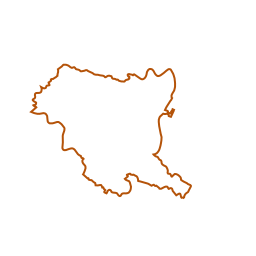 Gia Vien, Ninh Bình, Vietnam, rotated 324°
{"feature_id": "81297802B79786453625721", "entity_name": "Gia Vien", "entity_type": "district", "adm_level": 2, "iso_a3": "VNM", "parent_name": "Vietnam", "parent_adm1": "Ninh Bình", "projection": "albers", "projection_center": [105.858, 20.33], "detail": "fine", "context": "isolated", "style": "outline", "palette": "amber", "viewbox_px": 256, "rotation_deg": 324, "n_neighbors": 0, "source": "geoboundaries", "source_scale": "gbopen_adm2", "svg_char_len": 5742}
<svg xmlns="http://www.w3.org/2000/svg" viewBox="0 0 256 256"><g transform="rotate(324 128 128)"><path d="M113.2,39.0L112.3,38.9L110.7,39.3L105.8,39.3L105.5,40.1L104.3,41.7L102.8,42.9L102.2,43.6L101.7,43.9L101.6,44.3L99.1,44.5L98.3,44.3L96.3,44.3L95.3,43.6L94.2,43.4L93.8,44.3L93.5,44.5L91.9,44.6L90.5,44.5L90.3,44.8L90.0,46.5L89.8,46.9L89.7,47.1L89.3,47.1L87.3,46.1L86.8,46.1L85.0,47.2L84.2,47.0L83.5,46.7L83.1,46.2L82.6,45.6L81.8,43.8L81.4,45.2L80.7,46.2L79.3,47.5L78.6,47.8L77.6,47.7L76.8,47.4L74.4,45.8L74.0,45.7L73.2,45.7L72.9,45.8L72.4,46.3L72.0,46.7L71.2,48.3L70.5,48.9L69.8,49.1L67.9,49.0L67.4,49.3L67.3,49.7L67.6,51.2L68.6,53.4L68.0,54.2L67.2,54.7L66.5,54.7L65.7,54.2L64.8,54.0L64.8,54.3L65.2,55.5L66.0,57.1L66.0,57.4L59.1,58.0L60.8,60.7L62.0,62.1L63.0,63.2L64.7,64.5L68.4,66.3L69.1,67.1L69.5,67.6L69.7,68.2L69.8,68.8L69.7,70.2L69.6,70.8L69.2,71.5L67.5,74.4L66.9,75.6L66.8,76.0L66.9,76.8L67.0,77.4L67.4,78.2L69.8,79.9L70.8,80.3L74.0,81.4L74.8,81.9L75.2,82.2L75.6,82.9L75.9,83.8L76.4,85.6L76.5,86.4L76.6,90.2L76.5,90.6L76.3,91.1L75.8,91.7L75.0,92.6L71.5,95.1L70.5,96.1L66.8,101.4L63.6,105.1L63.1,105.8L62.9,106.5L62.9,107.3L62.9,107.7L63.2,108.2L63.7,108.7L64.9,109.4L67.3,110.1L69.0,110.7L70.0,111.1L70.7,111.6L71.2,112.0L71.6,112.7L72.0,113.7L72.1,114.6L72.1,119.8L72.6,121.4L73.1,122.4L73.4,122.9L73.2,123.3L72.9,124.9L73.8,126.0L73.9,126.4L73.9,126.8L73.2,126.8L71.8,127.7L71.2,128.7L71.0,129.5L70.9,129.9L70.9,131.0L71.1,133.1L71.0,134.0L70.0,135.6L67.7,137.3L65.0,138.9L64.4,139.1L65.6,144.7L65.8,145.0L66.3,145.2L66.4,145.4L66.4,145.6L65.9,146.4L66.0,146.9L67.0,148.1L67.6,148.5L67.9,148.9L68.1,150.2L68.3,151.0L68.8,152.6L69.1,153.0L69.1,153.4L68.1,155.3L69.8,156.7L71.9,157.7L72.7,158.4L72.7,159.3L72.2,161.0L72.9,161.3L73.1,161.5L72.8,162.5L72.7,163.3L72.9,163.6L73.1,164.8L71.4,165.6L71.2,165.8L71.1,166.1L71.5,167.0L72.2,168.2L73.1,167.9L74.3,167.0L75.8,166.9L76.5,167.0L76.9,167.4L77.3,168.0L77.3,169.1L77.1,170.1L77.2,170.4L77.3,170.6L77.9,171.4L79.9,173.2L80.6,174.1L80.7,174.4L80.7,176.8L80.9,177.5L81.0,177.8L81.4,178.3L81.6,178.4L82.2,178.5L84.2,177.7L85.0,177.8L85.3,177.9L86.4,178.5L87.9,179.7L89.3,180.4L90.1,180.6L90.6,180.7L91.7,180.4L92.9,180.0L93.8,179.4L94.5,178.8L95.6,177.6L95.9,177.3L97.5,173.1L97.6,171.7L95.9,168.9L95.7,168.3L95.6,167.3L98.1,167.2L99.3,167.1L99.6,166.8L99.6,166.5L99.5,165.3L99.6,165.2L99.8,165.2L102.3,165.9L102.7,166.1L102.9,166.4L102.9,167.2L103.0,167.5L103.6,168.0L104.0,168.5L104.3,168.7L104.9,168.9L105.1,169.1L105.6,170.3L106.3,171.6L106.6,172.3L106.6,173.2L106.3,174.5L105.9,175.5L105.2,176.6L105.1,176.9L106.4,178.3L111.1,184.3L111.7,185.2L113.1,188.5L115.2,188.9L115.5,189.1L115.8,190.6L116.1,191.0L117.0,191.3L117.9,194.6L117.8,195.6L119.1,196.6L119.6,196.7L122.9,197.2L124.3,197.7L125.0,198.3L125.3,198.7L125.1,201.1L125.4,201.3L126.8,201.5L127.3,201.8L127.7,202.3L127.9,202.8L127.9,203.3L127.2,205.2L127.5,210.8L130.2,211.0L130.8,211.2L131.3,211.5L131.5,211.9L131.4,212.6L130.4,215.1L130.3,215.5L130.4,216.0L131.3,216.4L131.7,216.6L131.9,216.9L131.9,217.1L132.6,217.1L132.9,216.7L134.1,215.8L135.5,215.2L136.9,215.0L138.7,215.1L139.2,215.0L140.5,214.2L144.4,212.3L144.9,211.8L144.9,211.5L144.9,210.8L143.6,208.7L143.2,207.2L141.6,204.2L140.5,201.5L140.5,201.1L141.3,199.6L141.5,198.8L141.4,197.7L141.1,196.1L140.7,195.0L140.0,193.8L139.2,193.0L138.8,192.7L138.4,192.7L136.3,192.9L135.2,193.2L134.7,192.9L134.7,192.5L135.1,190.8L135.1,190.1L134.9,189.6L134.3,189.2L133.6,188.4L133.7,187.5L135.1,186.0L135.6,184.8L135.9,183.7L136.1,182.4L136.1,181.7L135.9,181.1L134.9,179.2L134.4,177.7L134.4,177.0L134.6,176.1L135.4,174.7L135.5,174.2L135.6,173.7L135.4,173.1L134.9,172.2L134.8,171.3L135.0,169.0L134.5,168.2L133.7,167.1L133.5,166.5L133.1,164.8L133.1,164.4L134.6,165.1L135.3,165.2L136.7,165.3L138.7,164.8L140.6,163.9L142.1,162.8L144.1,161.2L145.8,159.6L147.7,157.7L149.8,155.1L151.0,152.0L154.3,144.9L156.5,141.1L157.9,139.3L159.7,138.0L160.6,137.6L164.9,137.1L165.5,137.9L166.7,138.8L167.9,139.3L168.7,141.1L168.0,142.3L169.3,144.2L175.2,140.9L175.2,140.4L175.8,140.2L175.1,139.0L173.2,140.4L173.0,140.0L172.5,140.2L172.6,140.8L171.4,141.7L169.2,138.9L170.0,138.2L170.1,137.8L170.0,137.4L168.5,135.2L170.3,134.2L171.8,133.5L178.1,131.0L179.4,130.7L181.3,129.7L181.2,129.0L182.2,127.4L183.0,126.8L184.1,126.2L187.4,124.8L189.2,123.3L190.3,122.3L192.3,119.6L193.2,118.1L194.9,115.1L195.9,112.3L196.4,110.6L196.9,106.2L196.9,105.9L196.8,105.5L196.1,104.7L195.7,104.4L194.9,104.2L192.7,104.2L189.2,104.5L185.3,104.5L184.3,104.3L183.4,104.0L182.8,103.6L182.4,103.2L182.1,102.5L181.9,101.6L181.8,100.9L181.8,99.8L182.2,96.8L182.1,95.5L182.0,94.9L181.2,93.7L180.0,92.9L178.6,92.9L178.0,93.1L176.6,93.7L176.1,94.0L174.3,95.7L173.2,96.5L172.2,97.0L171.4,97.3L170.3,97.5L169.4,97.4L168.8,97.3L168.2,97.0L167.6,96.4L167.1,95.5L166.3,93.3L164.8,88.9L164.5,88.2L164.3,88.1L163.1,88.3L162.9,88.1L162.8,87.5L161.2,85.8L160.9,85.3L160.0,84.7L159.4,84.6L158.9,84.9L158.6,85.7L158.6,86.3L159.2,87.2L159.0,87.7L158.6,88.2L158.2,88.2L157.9,88.3L157.9,88.8L157.2,88.9L156.5,88.8L154.8,88.0L153.7,88.0L152.6,88.3L152.0,88.1L151.5,87.6L150.2,86.6L149.3,85.6L148.5,84.5L148.3,84.0L148.3,83.3L148.1,82.8L147.0,82.1L146.7,81.2L145.9,80.2L145.1,79.6L144.7,79.1L144.5,78.5L145.0,76.4L143.5,74.6L142.6,74.1L141.9,73.9L139.9,73.8L139.5,73.6L139.3,73.4L139.2,72.3L138.8,71.4L138.3,70.8L136.3,68.9L135.0,67.3L133.1,65.8L132.7,65.3L132.1,64.5L131.6,62.7L130.8,61.3L129.2,58.5L128.8,57.2L128.6,57.0L128.2,56.6L127.8,56.4L126.3,56.0L123.9,54.9L123.1,54.3L123.0,54.0L122.7,52.6L122.5,52.2L122.1,51.6L120.9,50.3L120.5,49.7L120.5,48.1L120.2,47.2L119.9,47.0L118.3,46.5L118.0,46.4L117.7,46.0L117.1,44.8L116.9,43.9L116.4,42.4L115.5,41.0L115.0,40.4L113.2,39.0Z" fill="none" stroke="#b45309" stroke-width="2"/></g></svg>